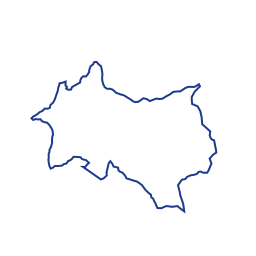 Princesa Isabel, Paraíba, Brazil (Mercator projection), rotated 296°
{"feature_id": "56859067B23626144557012", "entity_name": "Princesa Isabel", "entity_type": "district", "adm_level": 2, "iso_a3": "BRA", "parent_name": "Brazil", "parent_adm1": "Paraíba", "projection": "mercator", "projection_center": [-38.007, -7.646], "detail": "fine", "context": "isolated", "style": "outline", "palette": "blue", "viewbox_px": 256, "rotation_deg": 296, "n_neighbors": 0, "source": "geoboundaries", "source_scale": "gbopen_adm2", "svg_char_len": 2470}
<svg xmlns="http://www.w3.org/2000/svg" viewBox="0 0 256 256"><g transform="rotate(296 128 128)"><path d="M94.4,37.0L93.7,39.3L95.5,41.0L96.4,43.7L97.5,45.5L96.4,47.8L96.6,50.1L97.3,53.1L96.1,56.2L94.3,59.2L92.7,61.2L89.4,63.4L86.6,63.9L83.8,65.0L81.8,66.2L77.2,67.1L74.0,67.0L72.1,67.9L69.7,68.1L67.4,69.4L64.4,70.5L61.8,72.2L59.4,74.0L57.6,76.3L59.3,77.8L61.9,79.0L63.0,81.5L65.3,85.2L67.4,86.1L69.0,88.2L72.1,88.7L73.9,90.3L75.9,91.2L78.2,91.7L79.5,94.5L80.9,98.1L79.9,100.5L80.7,104.2L79.6,108.2L76.6,107.1L74.3,106.7L73.3,104.6L69.9,126.1L71.8,128.0L73.8,128.9L76.1,129.7L78.6,128.2L87.9,126.1L90.4,126.7L88.9,129.7L87.0,131.9L87.5,134.0L88.0,136.5L85.8,138.0L85.2,139.8L85.4,142.3L84.7,144.5L83.5,146.9L82.0,148.7L82.6,151.7L82.9,154.5L83.8,159.6L83.4,162.5L82.8,165.5L80.1,170.7L79.0,173.8L78.0,177.9L75.9,179.4L75.5,181.6L73.8,183.5L72.5,185.4L71.0,187.2L69.0,189.5L70.4,193.0L72.1,194.4L74.6,196.6L75.7,199.7L76.5,202.3L78.2,204.7L79.5,206.8L78.7,209.7L77.7,215.1L80.9,213.0L84.1,210.8L90.2,204.7L93.5,202.3L98.5,198.0L105.1,199.1L107.3,201.9L109.9,202.5L112.9,205.0L114.8,207.8L117.0,210.1L119.4,210.6L120.7,212.4L120.8,215.3L122.5,218.8L125.4,219.0L132.6,218.6L136.3,214.8L141.4,216.2L144.6,218.1L147.4,216.4L149.2,214.8L151.5,213.2L153.1,212.0L154.7,210.7L154.4,208.2L155.4,206.5L157.3,204.6L160.9,203.5L162.1,199.6L162.8,197.2L163.9,193.1L170.2,189.3L174.9,185.5L178.0,181.1L177.7,175.1L181.2,173.0L183.9,171.7L189.8,172.0L197.0,174.4L198.4,172.5L195.2,170.7L193.8,169.2L191.4,164.1L189.2,162.1L185.8,160.1L183.7,158.8L182.6,156.5L181.5,154.7L180.2,152.7L178.4,151.9L176.1,150.6L172.9,148.2L169.6,146.3L167.6,143.1L166.9,140.6L164.5,138.3L161.8,135.9L162.2,131.7L161.4,128.7L158.8,127.4L155.8,125.5L154.4,123.0L154.2,120.6L154.7,118.6L155.1,114.5L155.4,111.9L155.6,109.7L155.0,106.9L154.7,104.2L154.4,101.6L155.3,99.3L155.7,96.9L155.4,94.7L154.1,92.1L154.4,89.3L156.4,86.7L158.8,84.5L161.2,83.0L163.1,82.2L165.2,81.4L167.6,79.8L169.4,78.5L171.7,76.7L172.3,73.8L173.6,70.9L172.5,68.8L169.8,68.7L167.1,67.3L163.3,67.7L160.9,68.6L158.2,68.2L155.8,67.6L154.9,65.1L152.5,64.2L150.2,64.2L147.8,65.0L144.7,62.8L142.2,61.0L140.2,59.8L137.5,59.9L136.2,57.6L136.3,55.1L138.2,55.1L138.9,53.1L142.4,51.6L139.6,48.9L138.2,46.9L136.3,47.4L133.8,47.6L130.6,48.6L127.5,48.9L123.0,49.5L120.5,49.7L117.9,49.5L114.6,48.2L111.8,48.9L110.2,47.4L108.8,44.6L105.6,43.5L103.6,41.7L101.4,40.8L98.6,39.2L96.8,37.8L94.4,37.0Z" fill="none" stroke="#1e3a8a" stroke-width="2"/></g></svg>